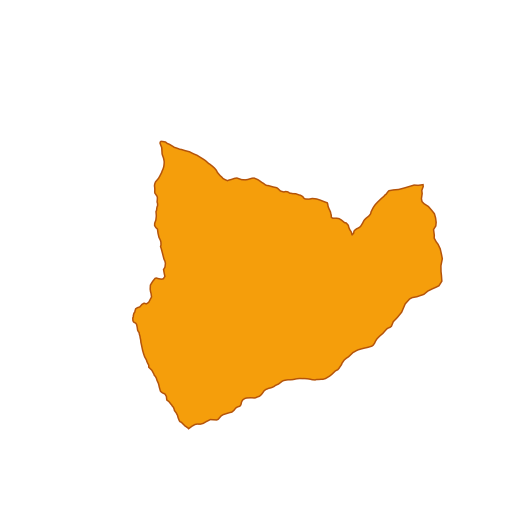 Doga, Paro, Bhutan (orthographic projection), rotated 46°
{"feature_id": "84629894B26183421967737", "entity_name": "Doga", "entity_type": "district", "adm_level": 2, "iso_a3": "BTN", "parent_name": "Bhutan", "parent_adm1": "Paro", "projection": "orthographic", "projection_center": [89.493, 27.296], "detail": "fine", "context": "isolated", "style": "filled", "palette": "amber", "viewbox_px": 512, "rotation_deg": 46, "n_neighbors": 0, "source": "geoboundaries", "source_scale": "gbopen_adm2", "svg_char_len": 6157}
<svg xmlns="http://www.w3.org/2000/svg" viewBox="0 0 512 512"><g transform="rotate(46 256 256)"><path d="M400.4,209.2L400.6,207.4L398.6,202.9L398.4,197.0L397.6,190.3L394.1,182.0L393.9,179.5L393.6,175.4L394.4,172.6L397.1,168.5L400.2,161.8L400.6,156.7L402.1,152.0L403.5,148.2L404.5,145.1L403.2,139.8L398.8,136.1L395.8,133.8L391.5,129.8L387.4,123.9L383.9,121.6L378.8,118.5L374.0,116.9L370.8,116.5L366.9,115.4L365.0,113.4L360.3,109.9L359.7,107.6L359.3,105.8L357.0,103.1L353.4,100.4L349.5,98.3L345.3,97.9L340.2,97.6L335.1,98.8L332.2,98.8L329.7,97.2L326.5,93.1L324.0,91.2L322.2,87.5L320.7,86.3L318.9,88.8L317.8,90.3L314.8,93.0L310.3,101.7L307.3,107.1L303.9,111.3L301.4,115.0L301.4,116.1L301.8,118.9L302.0,119.6L301.7,120.5L301.8,121.4L301.9,122.3L301.9,123.2L301.8,124.2L301.7,126.0L301.7,126.9L301.7,127.9L301.7,130.7L301.7,131.6L301.8,132.5L301.8,133.4L301.9,134.4L302.0,135.3L302.2,136.2L302.4,137.1L302.6,138.0L302.9,138.9L303.2,139.8L303.5,140.7L303.8,141.5L304.1,142.4L304.6,143.2L305.1,144.0L305.4,144.8L305.5,145.8L305.6,146.7L305.6,147.6L305.5,148.5L305.3,150.4L305.3,151.3L305.3,152.2L305.4,153.2L305.6,154.1L305.9,155.0L306.2,155.8L306.5,156.7L306.7,157.6L307.2,159.4L307.3,160.3L307.3,161.3L307.1,162.2L306.9,163.1L306.6,163.9L306.3,164.8L306.2,165.7L306.1,166.6L306.1,167.3L306.2,168.2L306.8,169.1L307.4,170.0L307.5,171.1L307.5,172.1L306.7,171.9L306.1,171.4L305.3,171.0L304.5,170.7L302.8,170.4L302.0,170.2L299.5,169.2L298.7,168.6L297.4,168.2L296.3,168.2L294.8,168.2L293.6,169.1L292.0,169.3L289.4,169.6L288.3,169.9L286.8,170.3L284.9,171.7L282.7,173.9L282.3,174.5L281.3,174.8L280.3,174.8L278.9,173.5L277.5,172.8L276.2,171.9L274.3,171.2L272.8,170.7L271.1,170.0L270.1,169.5L268.2,168.2L267.2,167.8L265.0,168.9L260.4,171.0L257.2,172.7L255.8,173.8L253.7,175.6L252.7,177.2L251.7,178.6L249.8,180.4L249.1,181.0L248.1,181.3L247.3,181.4L245.8,181.1L243.2,181.8L242.2,182.5L238.8,184.2L236.5,186.4L235.1,187.3L234.3,188.1L232.6,188.4L231.8,188.7L230.2,189.9L229.3,191.5L226.9,192.9L226.0,193.3L222.8,193.4L221.5,193.6L220.6,194.1L218.4,195.6L213.8,198.3L213.1,199.0L211.6,199.8L208.8,200.2L207.6,200.6L206.6,200.8L204.8,201.1L202.5,201.6L201.0,202.2L200.1,202.6L198.7,203.2L197.7,204.3L197.1,205.2L195.9,207.5L195.3,208.7L193.9,210.7L191.1,213.3L186.6,215.6L185.2,217.6L184.1,220.0L183.6,221.0L182.6,222.7L182.0,224.2L179.6,225.2L177.3,225.9L175.6,225.8L173.2,226.0L169.0,225.7L166.8,225.0L164.0,224.8L161.1,225.0L157.5,225.5L156.8,225.8L153.8,226.0L152.4,226.1L149.9,226.6L146.0,227.6L142.4,228.5L141.6,228.9L139.5,229.8L136.8,230.8L134.9,231.4L132.6,232.8L130.8,233.9L127.5,235.7L126.2,236.8L125.3,237.1L122.3,238.6L121.1,239.3L119.6,239.6L115.5,240.7L113.3,241.7L111.2,241.9L109.2,243.3L107.6,244.6L107.5,245.6L108.1,246.6L109.8,247.4L112.5,248.5L113.7,249.5L117.2,252.5L118.2,253.1L121.1,254.4L122.8,255.4L124.5,256.6L125.9,258.1L126.9,259.3L127.8,260.5L129.0,262.8L129.7,264.6L130.4,265.9L131.0,267.7L131.6,269.4L132.3,271.7L132.5,272.9L132.9,276.8L133.3,277.7L133.9,278.9L135.0,280.3L136.5,281.4L138.1,282.8L139.2,284.0L140.4,285.0L144.3,285.7L145.4,286.3L146.6,287.5L148.4,289.6L149.9,290.4L151.0,291.4L151.6,292.1L151.9,293.0L152.8,294.3L154.0,295.7L154.6,297.1L157.4,299.4L158.4,300.4L160.6,303.1L161.9,305.8L162.4,306.5L163.7,307.8L166.0,308.3L168.2,308.2L171.6,310.7L175.1,312.8L178.4,313.9L180.0,314.8L182.1,316.7L182.9,318.1L185.0,319.1L189.1,321.4L192.6,323.4L194.4,324.4L196.5,325.1L198.4,326.3L200.3,328.6L200.9,329.5L201.5,331.9L205.4,334.5L207.4,335.7L208.0,338.5L207.0,340.1L204.4,342.0L202.6,343.0L202.0,344.1L202.4,347.5L203.0,350.1L203.6,352.2L206.3,355.1L208.2,356.5L210.2,357.6L212.9,359.6L214.7,365.0L214.6,366.8L214.2,368.2L212.2,369.3L211.6,371.6L211.9,375.0L210.8,377.2L210.4,379.3L211.0,380.3L211.4,381.1L212.1,382.0L212.2,382.9L212.6,384.0L213.7,385.7L214.6,386.6L214.9,387.6L216.8,389.3L218.0,389.8L219.0,389.8L220.0,389.4L221.1,389.2L222.4,389.5L224.8,391.0L227.0,392.6L228.7,393.2L229.8,393.2L231.0,394.1L233.3,395.3L234.2,396.0L236.3,397.3L238.2,398.8L240.5,400.2L245.1,403.1L248.3,404.8L251.1,406.1L254.8,407.1L255.9,407.7L258.1,408.5L260.0,409.0L261.5,410.4L265.9,410.3L270.1,411.5L271.0,412.0L273.0,412.1L274.7,412.6L276.7,413.6L279.8,414.7L281.1,415.4L283.4,416.8L286.8,418.6L288.3,418.6L290.6,418.0L291.5,417.4L293.2,417.6L294.9,418.1L296.4,419.3L297.7,420.2L300.0,419.8L300.7,419.8L303.3,420.1L304.6,420.1L305.5,420.4L307.5,420.5L309.2,421.2L310.5,422.0L312.1,422.2L313.6,422.4L314.7,422.8L315.7,423.0L316.9,423.6L318.1,424.3L320.2,425.2L321.7,425.7L322.6,425.7L323.8,425.2L325.5,425.2L329.5,425.1L330.4,424.7L331.2,424.7L332.1,424.4L333.4,424.5L333.7,422.3L334.0,420.0L334.3,419.0L334.8,417.0L335.9,415.2L338.4,412.7L339.7,410.3L340.0,409.2L340.6,406.7L341.1,405.2L341.9,402.5L346.6,398.2L347.2,396.7L346.8,392.1L347.3,389.8L349.0,386.4L350.2,384.0L351.5,381.8L351.7,379.1L351.3,376.2L351.7,374.2L352.8,372.0L352.6,370.5L352.1,369.5L351.2,368.2L350.7,367.1L350.5,366.3L350.3,365.4L350.7,363.2L351.1,362.3L351.5,361.6L352.2,360.7L354.1,358.5L355.5,357.1L356.9,355.9L357.7,354.8L358.1,353.6L358.4,352.8L359.1,351.4L359.3,350.7L359.4,348.8L359.3,347.6L359.0,345.8L358.7,344.4L358.6,343.5L358.9,341.4L359.4,340.4L359.7,339.4L360.3,338.2L360.8,337.5L361.3,336.5L361.8,335.4L362.4,333.6L362.5,332.4L363.0,330.7L363.6,329.2L363.8,328.2L364.3,324.0L364.7,322.9L365.3,321.8L367.0,319.3L368.8,317.4L370.3,315.6L371.3,314.1L372.2,312.6L373.0,311.5L374.5,309.6L376.6,307.6L377.5,306.6L378.8,305.4L380.4,304.0L382.4,302.5L383.9,301.6L386.2,299.6L386.8,298.4L387.9,297.2L388.8,296.2L389.8,294.9L390.7,294.0L391.4,293.1L391.9,292.1L392.4,291.2L392.7,290.0L393.1,288.3L393.5,286.6L393.7,284.8L393.8,283.3L393.8,279.7L393.8,278.6L394.6,276.2L394.5,275.1L394.4,274.0L394.2,273.3L393.5,269.8L393.0,269.0L392.8,268.3L392.4,266.3L392.1,264.8L392.3,261.8L392.7,260.0L392.8,258.9L392.8,257.8L392.8,254.3L392.8,253.2L393.2,252.0L393.7,249.9L394.4,247.8L395.8,245.1L397.5,242.1L399.3,239.2L400.5,236.9L401.3,235.3L401.5,234.1L401.5,233.3L401.3,232.5L401.1,231.3L400.5,229.8L400.1,228.6L399.6,226.4L399.5,222.6L399.7,219.8L399.8,218.7L399.5,215.3L399.3,212.6L399.7,210.7L400.4,209.2Z" fill="#f59e0b" stroke="#b45309" stroke-width="1.5"/></g></svg>